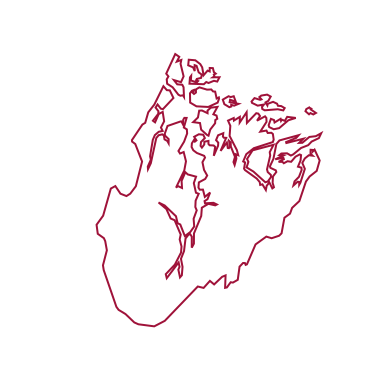 map outline of Hordaland (Robinson projection), rotated 127°
{"feature_id": "NOR-913", "entity_name": "Hordaland", "entity_type": "County", "adm_level": 1, "iso_a3": "NOR", "parent_name": "Norway", "parent_adm1": "", "projection": "robinson", "projection_center": [5.687, 60.257], "detail": "fine", "context": "isolated", "style": "outline", "palette": "rose", "viewbox_px": 384, "rotation_deg": 127, "n_neighbors": 0, "source": "natural_earth", "source_scale": "10m", "svg_char_len": 6032}
<svg xmlns="http://www.w3.org/2000/svg" viewBox="0 0 384 384"><g transform="rotate(127 192 192)"><path d="M124.7,278.5L125.8,273.4L124.2,270.9L128.1,263.4L143.4,265.1L144.2,267.1L142.8,272.2L146.5,271.9L147.7,267.4L149.9,266.0L158.6,266.1L158.6,263.4L149.8,265.5L145.7,263.6L152.3,256.8L159.2,255.6L160.9,252.2L163.9,254.8L168.9,255.9L173.9,254.7L188.7,247.0L191.0,244.3L198.3,242.6L200.2,240.9L193.8,242.2L170.4,253.0L166.7,252.8L163.8,250.4L163.9,248.4L166.5,245.6L166.1,242.5L167.2,240.0L163.8,242.5L163.2,247.4L161.9,248.8L154.0,251.3L142.7,243.7L142.0,242.9L143.4,240.0L139.5,242.5L137.4,242.7L136.1,240.9L145.4,237.3L145.1,233.8L148.2,231.1L156.6,228.6L167.4,227.5L168.5,224.7L165.1,222.7L171.1,215.3L179.5,211.1L198.1,207.4L195.7,206.7L194.8,202.4L189.4,207.0L180.2,209.2L180.5,205.9L177.3,198.0L183.8,195.9L190.2,188.4L189.4,185.6L196.7,183.9L202.0,180.3L203.8,177.2L212.4,174.6L218.2,169.5L225.1,169.3L231.5,171.2L225.0,181.8L225.6,184.7L221.0,190.2L219.2,205.7L220.5,212.4L221.0,202.2L226.0,193.1L225.0,188.9L232.8,175.4L237.3,173.3L241.8,167.6L247.0,164.3L260.3,162.0L273.4,163.5L276.0,160.3L256.3,160.3L259.3,156.9L262.2,156.2L267.4,150.2L264.6,150.0L257.5,154.5L252.0,160.6L244.0,162.8L233.0,169.2L228.1,169.1L226.8,167.9L227.8,165.3L236.6,158.7L232.1,159.4L223.9,165.5L205.6,170.2L198.6,174.7L191.6,171.8L188.7,165.4L187.0,164.6L187.7,168.3L193.2,174.8L191.7,176.5L188.5,175.3L181.5,177.2L188.2,178.8L183.5,184.7L185.5,187.2L184.6,189.5L180.2,192.3L173.6,189.3L169.7,189.8L167.1,195.7L161.9,201.6L156.7,202.3L155.8,204.0L157.9,211.6L157.9,216.1L156.3,219.4L153.2,221.4L149.3,221.7L150.0,220.0L148.1,219.5L146.6,223.5L141.8,221.3L139.5,217.5L141.2,214.2L146.7,214.9L150.0,212.9L150.6,210.8L146.7,210.8L144.4,212.4L141.3,209.6L143.7,207.8L144.1,206.1L141.8,202.7L142.0,200.7L150.0,196.4L139.4,199.0L136.8,200.7L136.1,204.0L131.0,205.3L126.2,202.4L129.1,200.7L129.5,199.3L128.2,197.3L142.0,193.9L131.5,193.9L135.3,189.9L134.8,188.9L133.1,189.0L128.9,193.1L129.2,190.9L132.2,188.5L138.1,178.8L143.1,176.9L144.8,174.2L138.7,176.6L135.5,179.7L134.8,177.2L131.5,181.4L124.6,195.7L116.1,201.2L113.3,206.2L107.8,203.2L109.7,201.5L103.2,199.0L107.8,195.7L95.4,196.4L103.8,189.7L90.4,188.1L89.5,186.2L90.4,183.4L95.9,183.0L87.6,179.2L88.1,177.2L91.1,174.7L102.7,173.8L98.1,169.5L99.3,167.1L96.9,164.2L97.0,162.3L101.0,158.3L103.5,157.5L119.8,169.0L129.1,171.4L136.8,169.5L136.4,167.4L142.0,164.5L142.6,162.9L142.3,148.4L143.3,143.9L145.3,141.8L143.5,140.4L146.0,134.2L142.1,136.1L137.8,136.0L140.8,130.0L138.9,129.4L136.2,133.1L130.9,136.7L125.3,136.7L124.3,138.1L125.5,143.9L124.6,145.2L116.6,146.9L102.9,153.5L98.2,153.2L82.4,141.0L86.0,141.3L95.5,146.9L96.1,146.1L82.4,135.1L88.3,136.0L86.3,133.5L77.4,131.4L72.9,126.7L67.3,124.2L72.6,123.1L79.7,126.8L84.7,127.4L91.2,131.4L101.1,133.8L103.4,135.0L103.9,139.4L107.5,143.8L109.9,144.4L107.9,141.0L115.8,145.2L109.7,139.6L110.5,138.4L115.8,141.0L113.5,137.9L113.8,136.0L109.9,134.2L108.2,131.0L101.5,130.6L97.2,128.6L96.9,127.1L101.5,124.3L108.0,122.6L106.7,119.3L108.4,117.7L115.5,115.7L121.8,116.5L125.7,114.9L120.2,113.8L119.4,112.4L121.7,110.7L119.4,111.0L105.6,115.8L102.4,121.4L97.3,122.1L92.3,120.8L90.4,117.5L90.1,120.4L86.9,122.7L85.7,120.8L87.0,119.9L84.4,119.6L90.0,109.0L100.1,105.1L108.8,107.4L115.1,107.3L134.6,100.8L144.4,102.5L150.3,100.7L156.9,102.7L171.1,95.6L174.5,96.1L181.0,100.6L182.9,105.8L195.6,109.7L216.7,104.6L217.9,105.3L216.9,107.0L218.0,108.5L223.0,109.1L234.6,102.6L239.7,104.8L240.8,106.8L247.2,106.7L248.6,107.9L238.4,115.0L241.6,116.9L252.5,118.7L252.2,124.2L261.6,125.0L264.0,130.5L311.3,136.2L322.0,141.3L329.9,155.2L330.9,159.6L329.5,171.7L330.3,179.7L329.2,183.3L307.5,215.5L304.1,219.0L289.8,224.9L283.5,231.7L281.9,234.6L282.1,242.1L275.6,248.5L264.4,248.7L238.1,258.9L233.4,256.8L236.4,248.1L234.7,241.9L230.5,240.3L221.2,240.3L197.7,250.2L187.8,266.2L187.8,270.2L186.7,271.2L168.0,272.2L164.9,271.0L154.7,274.9L144.9,274.7L124.7,278.5ZM140.1,139.3L138.7,155.3L139.5,163.2L134.0,165.1L132.5,167.9L122.3,168.7L105.2,155.3L113.4,153.9L115.8,151.5L128.8,145.7L130.5,143.5L130.9,139.3L132.5,137.9L138.0,137.8L140.1,139.3ZM91.9,288.4L91.7,283.5L97.0,282.6L93.0,280.0L96.5,278.3L104.7,268.3L110.9,266.9L113.5,273.8L114.9,268.6L112.2,264.3L113.4,261.8L120.9,255.6L120.2,257.4L122.1,259.2L122.5,261.4L120.0,270.5L120.5,277.0L117.2,280.0L113.9,280.4L113.0,283.8L91.9,288.4ZM120.9,240.0L121.7,247.3L114.4,253.0L111.3,253.0L108.3,251.3L112.3,251.4L112.5,249.4L110.2,248.7L107.7,250.6L104.0,249.1L101.2,241.6L98.5,238.3L99.0,235.7L97.9,233.9L102.5,228.6L100.3,227.5L101.1,226.6L105.2,225.3L114.3,230.2L120.9,240.0ZM131.1,215.0L137.1,212.7L137.4,214.2L136.7,222.2L132.1,227.1L135.5,233.1L128.9,232.1L122.7,235.2L120.9,233.1L119.7,227.0L117.6,228.6L113.3,227.7L108.7,222.9L117.1,221.7L116.2,218.4L118.3,215.9L120.5,216.7L123.2,214.9L131.1,215.0ZM98.8,247.4L107.0,259.2L101.7,262.6L99.7,262.6L103.6,260.0L101.6,254.1L99.7,253.9L100.1,256.0L98.8,256.2L95.4,253.4L92.4,254.8L92.4,258.7L88.5,264.3L89.1,266.2L93.8,262.6L91.8,266.1L93.1,271.3L88.3,274.2L84.8,268.6L84.9,262.3L86.3,258.9L91.8,253.0L85.7,252.6L85.1,250.4L82.3,252.5L80.5,249.9L83.1,246.6L83.2,244.3L85.1,245.2L86.1,243.7L87.8,244.3L83.8,239.1L88.6,238.3L90.0,241.4L95.0,244.4L95.6,246.8L98.8,247.4ZM84.7,197.7L83.9,198.9L79.4,198.6L77.4,193.1L76.2,192.3L75.6,195.3L73.3,194.7L69.0,190.6L68.4,186.6L73.3,185.9L76.2,187.2L77.5,183.9L76.0,184.6L71.2,181.5L70.3,177.2L71.4,175.2L69.7,172.5L69.2,168.5L71.9,168.2L74.3,173.3L83.0,183.1L83.4,185.8L82.0,187.3L78.8,187.2L83.5,191.5L84.7,197.7ZM74.7,161.2L70.4,153.7L76.7,158.2L88.5,160.8L92.7,164.5L93.7,169.4L92.5,171.0L86.1,173.0L85.2,169.8L86.8,167.9L80.3,165.3L81.6,163.7L80.2,163.8L79.3,160.7L74.7,161.2ZM101.8,213.2L102.4,219.0L99.7,223.0L93.5,220.4L92.9,218.2L90.4,216.3L93.5,211.5L95.4,217.1L97.6,216.0L93.6,207.9L97.7,210.3L98.8,213.1L100.1,212.1L101.8,213.2ZM59.5,145.3L59.2,150.0L57.0,150.6L53.1,148.9L54.0,149.0L53.7,146.8L54.6,146.8L54.3,140.6L57.1,141.8L57.7,144.9L59.5,145.3Z" fill="none" stroke="#9f1239" stroke-width="2"/></g></svg>